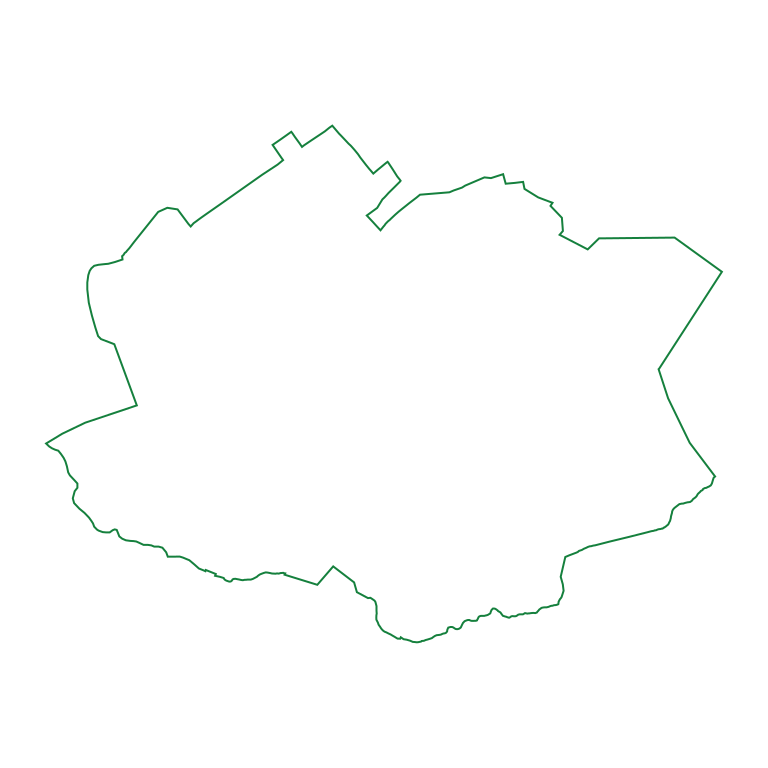 the district of Sitalá, Chiapas, Mexico
{"feature_id": "50627088B7924779316969", "entity_name": "Sitalá", "entity_type": "district", "adm_level": 2, "iso_a3": "MEX", "parent_name": "Mexico", "parent_adm1": "Chiapas", "projection": "albers", "projection_center": [-92.346, 17.038], "detail": "fine", "context": "isolated", "style": "outline", "palette": "green", "viewbox_px": 768, "rotation_deg": 0, "n_neighbors": 0, "source": "geoboundaries", "source_scale": "gbopen_adm2", "svg_char_len": 6089}
<svg xmlns="http://www.w3.org/2000/svg" viewBox="0 0 768 768"><path d="M177.6,209.4L167.3,207.8L158.2,211.9L134.0,242.1L129.4,248.1L126.9,250.9L126.0,252.1L124.9,252.8L124.5,253.3L123.6,254.8L122.6,255.8L122.1,256.2L122.2,256.7L122.3,257.8L122.4,258.4L122.5,259.5L115.0,262.0L108.2,263.8L105.8,264.0L102.9,264.3L98.4,264.8L94.2,265.8L91.4,268.3L89.7,270.9L88.3,275.1L87.3,282.5L87.3,289.5L88.8,302.7L91.9,315.5L95.4,327.7L98.1,336.1L101.0,339.1L114.3,344.2L136.8,405.4L85.2,422.7L62.3,433.7L46.1,443.5L49.1,446.4L52.0,448.3L55.1,449.7L58.3,450.7L60.9,453.9L63.6,457.8L65.4,461.4L66.9,466.3L68.2,472.4L69.9,475.4L74.4,480.2L77.4,483.5L77.4,487.8L74.7,491.2L72.8,498.3L74.1,503.1L79.4,508.7L84.5,512.9L89.0,517.6L91.3,520.8L93.0,523.4L94.2,526.7L97.0,529.6L98.6,530.6L102.7,532.1L106.1,532.4L109.7,532.4L112.7,530.2L114.7,529.4L116.7,529.9L118.0,533.0L119.3,536.4L122.2,538.7L125.9,540.3L130.3,540.9L133.6,541.1L136.3,541.5L139.6,543.0L143.6,544.9L148.1,544.9L151.4,545.4L154.2,546.6L158.6,546.6L162.4,547.7L166.2,552.3L167.8,556.7L179.8,556.6L183.0,557.6L186.6,559.1L189.3,560.2L194.3,564.4L198.9,568.5L204.1,570.6L205.4,571.2L205.8,570.0L215.8,574.0L215.1,575.8L219.8,576.8L223.7,578.0L224.4,579.3L225.4,580.1L226.5,580.7L227.5,581.0L228.5,581.4L229.5,581.6L230.7,581.5L231.7,580.8L232.6,579.4L233.8,578.9L235.5,578.8L236.9,579.1L239.1,579.5L241.2,580.0L242.9,580.2L244.7,579.8L246.0,579.8L247.6,579.6L250.8,579.6L252.9,578.9L254.8,577.9L256.9,576.8L257.7,576.0L259.2,574.9L260.2,574.3L262.0,573.6L263.9,572.9L265.8,572.4L267.7,572.6L269.8,573.0L272.0,573.5L274.0,573.6L275.6,573.7L277.0,573.4L278.5,573.6L279.1,573.5L280.8,573.0L281.6,573.0L282.6,572.9L283.5,572.9L283.9,573.2L285.2,573.4L284.6,574.7L317.3,584.8L333.2,566.4L354.1,582.4L356.9,592.2L368.0,598.1L370.4,597.8L372.4,599.1L374.5,600.6L375.4,601.9L376.5,606.1L376.5,610.8L376.7,613.6L376.4,615.2L376.3,617.7L376.4,619.7L377.9,622.6L378.6,624.7L380.1,626.8L380.9,628.1L381.8,629.3L383.3,630.8L384.6,631.7L386.4,632.4L388.3,633.4L390.7,634.5L392.3,635.5L394.4,636.7L397.5,638.6L400.2,638.7L400.8,637.3L403.6,639.2L406.7,639.7L410.1,640.7L412.8,641.9L414.5,642.0L416.7,642.3L418.1,642.2L419.5,641.9L421.0,641.6L421.7,641.0L423.9,640.8L425.7,640.0L427.3,639.6L429.9,638.8L431.9,638.1L433.2,637.1L434.8,636.0L436.6,635.2L438.5,635.0L440.0,634.8L441.2,634.5L442.3,633.9L443.5,633.5L444.9,633.3L446.0,632.8L447.1,631.5L447.3,629.9L447.9,628.4L448.3,627.6L449.1,627.4L450.4,627.0L452.1,627.0L453.4,627.5L454.6,628.4L455.7,629.0L456.5,629.1L457.8,629.1L458.9,628.8L459.9,628.2L460.8,627.5L462.0,624.9L463.0,622.9L463.6,622.3L464.6,621.2L466.3,620.5L467.4,620.1L468.3,620.0L469.3,620.0L469.9,620.3L470.9,620.7L471.8,620.9L472.9,620.9L474.8,620.8L475.9,620.8L477.0,620.4L477.2,619.8L477.8,618.9L478.2,617.9L478.6,617.1L479.2,616.5L479.8,616.2L480.8,615.9L482.2,615.9L483.0,615.9L484.1,615.9L484.9,615.7L485.6,615.5L486.6,615.3L487.5,615.0L488.2,614.7L489.1,614.1L490.0,613.6L490.4,613.1L490.7,612.0L491.1,611.0L491.4,610.2L492.2,609.3L492.8,608.6L493.9,608.5L495.0,608.7L496.1,609.3L496.9,609.9L497.7,610.5L498.1,611.1L498.8,611.5L499.6,611.9L500.6,612.6L501.0,613.3L502.9,615.8L504.5,616.3L505.1,616.5L506.4,616.8L507.2,617.2L509.0,617.7L509.5,617.6L510.4,617.0L511.0,616.5L512.2,616.1L512.7,616.1L514.1,616.3L515.8,616.2L516.9,615.7L517.2,615.4L518.2,614.7L519.7,614.3L523.0,614.3L525.0,613.1L527.4,613.6L528.5,613.4L529.2,613.4L530.4,613.2L531.9,613.0L533.6,612.9L534.4,613.0L535.3,613.1L536.9,612.5L537.4,611.7L538.3,610.8L539.3,609.5L540.9,608.4L541.4,607.9L543.1,607.5L545.0,607.3L546.7,607.3L548.0,607.0L548.7,606.8L550.3,606.1L551.4,605.8L552.6,605.7L554.0,605.2L555.3,605.1L556.2,605.0L556.6,604.8L557.5,604.6L558.3,604.2L558.5,603.0L558.6,601.8L559.1,600.8L559.4,600.2L560.0,599.1L560.6,598.5L561.4,597.4L561.7,596.7L563.6,590.8L562.8,584.3L560.7,576.8L565.3,557.0L569.3,555.3L576.2,552.7L577.8,552.0L578.3,551.5L579.0,550.9L581.8,550.0L584.0,548.7L586.0,547.9L588.0,546.9L589.8,546.3L591.1,546.2L593.2,545.6L595.2,545.3L609.6,541.6L629.0,536.9L647.6,532.2L651.3,531.2L653.7,530.8L655.0,530.3L655.9,530.3L657.7,529.5L658.8,529.2L660.7,529.0L661.7,528.6L662.6,528.6L663.8,527.6L664.2,527.6L665.5,526.7L666.2,526.2L666.8,525.6L667.8,524.9L668.5,524.0L669.2,522.4L670.1,520.8L670.3,519.9L670.8,518.1L671.0,516.4L671.5,514.6L672.0,512.9L672.1,511.7L672.6,510.3L673.3,509.2L674.5,507.9L679.4,504.1L681.9,503.6L683.1,503.6L685.2,502.9L687.6,502.3L688.7,502.2L690.1,502.0L690.6,501.6L691.6,501.0L692.2,500.3L693.0,499.2L693.5,498.8L695.3,497.5L696.5,496.3L697.7,494.2L698.3,493.5L700.2,491.8L700.8,491.0L702.5,490.1L703.1,489.0L704.7,488.1L706.4,487.8L707.6,487.1L708.7,486.7L710.8,485.4L711.9,483.5L712.4,481.8L712.6,481.1L712.9,480.1L713.3,478.8L713.7,477.7L715.1,476.5L689.7,442.8L682.4,427.8L668.1,398.3L658.7,369.5L658.6,369.2L659.2,368.6L721.9,271.8L674.6,237.6L605.9,238.3L599.1,238.3L587.7,249.4L559.6,234.8L562.9,231.0L561.9,217.8L550.5,205.9L552.5,202.8L538.2,197.4L524.5,188.9L523.1,181.9L514.8,182.9L505.7,183.7L503.1,174.2L491.0,178.1L484.4,177.4L465.2,185.6L462.0,187.6L453.6,190.5L449.4,192.3L420.0,194.7L416.5,197.6L409.3,203.1L406.2,205.6L401.3,209.5L398.6,211.7L395.3,214.6L390.3,219.3L390.1,219.6L387.9,221.4L385.5,223.9L384.5,225.4L383.5,226.5L380.5,230.3L376.8,226.3L372.8,221.9L366.8,215.5L377.2,207.9L382.4,199.4L384.4,197.5L386.0,195.8L388.5,193.0L394.5,187.1L397.2,184.4L399.9,181.7L400.6,180.8L399.7,179.5L397.2,176.4L392.7,169.3L388.2,162.5L387.6,161.8L386.0,163.0L377.6,169.9L373.3,173.6L370.4,170.2L369.4,169.1L366.0,164.9L360.2,157.4L358.1,154.3L354.6,150.0L352.5,147.6L350.8,145.7L348.6,143.7L345.9,140.8L340.8,135.4L339.1,133.7L335.2,129.1L332.3,125.7L329.5,127.6L328.0,128.8L324.8,131.4L318.2,135.8L309.8,141.4L307.6,142.9L303.9,145.4L302.0,146.9L299.6,143.4L294.8,136.8L292.3,133.1L291.3,131.8L287.8,134.3L287.4,134.6L280.9,139.2L280.2,139.7L278.0,141.2L277.6,141.5L272.6,144.9L281.3,157.6L283.1,160.1L277.6,164.6L262.4,174.6L262.1,174.8L221.1,203.7L206.5,213.9L201.4,217.5L198.5,219.6L196.4,221.2L193.6,223.2L190.7,226.5L188.4,223.9L177.6,209.4Z" fill="none" stroke="#15803d" stroke-width="2"/></svg>